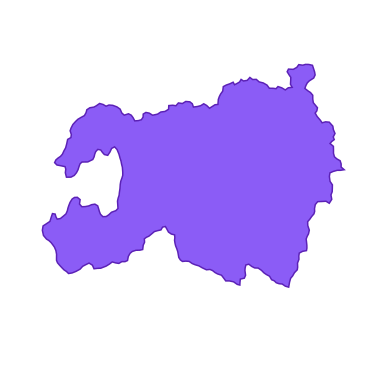 the district of Nepomuceno, Minas Gerais, Brazil, rotated 261°
{"feature_id": "56859067B35796848931723", "entity_name": "Nepomuceno", "entity_type": "district", "adm_level": 2, "iso_a3": "BRA", "parent_name": "Brazil", "parent_adm1": "Minas Gerais", "projection": "mercator", "projection_center": [-45.258, -21.211], "detail": "fine", "context": "isolated", "style": "filled", "palette": "violet", "viewbox_px": 384, "rotation_deg": 261, "n_neighbors": 0, "source": "geoboundaries", "source_scale": "gbopen_adm2", "svg_char_len": 4529}
<svg xmlns="http://www.w3.org/2000/svg" viewBox="0 0 384 384"><g transform="rotate(261 192 192)"><path d="M130.8,60.9L131.7,64.9L133.3,69.4L135.7,72.4L136.8,75.6L137.9,79.2L135.3,82.2L131.5,83.2L131.4,86.6L131.0,90.0L131.6,92.6L132.2,95.5L133.7,99.1L135.4,102.3L133.9,105.5L132.9,108.6L134.2,111.8L133.7,115.0L134.4,117.6L138.3,119.0L141.2,121.3L142.6,123.7L143.2,127.5L142.7,131.5L142.9,134.3L147.1,135.5L149.8,137.3L153.2,137.6L154.4,139.9L155.1,142.5L157.0,145.7L158.8,148.7L159.2,152.0L159.4,155.4L161.9,157.4L162.1,160.3L159.8,161.2L156.1,162.5L153.7,165.0L152.4,168.1L149.6,167.9L147.0,167.2L144.0,167.2L141.4,167.4L138.3,168.1L135.3,168.6L129.4,168.7L126.7,169.9L124.9,171.7L124.7,175.0L123.9,178.3L121.3,181.0L119.6,183.8L118.0,187.2L115.5,190.3L112.9,194.1L112.7,197.6L111.2,200.0L108.8,202.2L107.1,204.4L105.2,208.1L101.5,210.1L98.9,211.4L98.4,214.8L96.8,219.0L93.7,222.2L92.6,224.7L95.4,225.3L98.4,226.1L98.7,230.2L101.4,231.9L106.2,232.0L108.7,232.6L111.5,233.8L111.8,236.8L109.1,239.4L107.2,242.0L106.5,245.5L103.7,248.4L100.9,250.4L98.9,252.5L96.7,255.4L92.9,256.9L91.4,259.4L89.2,261.0L87.8,263.6L87.0,266.7L84.4,269.4L82.9,272.6L87.8,274.3L91.3,275.9L93.4,278.3L96.2,280.5L98.7,283.8L101.2,284.6L105.3,285.1L108.8,287.1L112.1,287.5L114.9,288.4L116.1,292.0L116.2,295.9L118.6,296.7L121.3,297.1L124.8,297.3L127.7,297.4L130.3,298.9L132.4,300.5L136.0,301.9L140.8,301.1L144.6,301.6L146.5,303.9L149.0,306.3L151.3,309.0L153.6,310.1L156.4,310.4L160.3,311.8L162.8,314.6L162.3,318.9L161.9,322.9L159.4,325.8L162.9,328.9L167.4,328.8L170.3,330.5L173.2,331.1L177.1,331.8L180.9,330.0L185.8,330.1L189.3,331.2L190.2,334.6L190.7,338.8L190.2,342.1L190.2,345.8L193.3,343.2L196.4,343.7L199.7,343.2L202.1,340.2L204.5,338.2L208.1,337.8L211.8,338.4L215.0,338.8L218.3,335.9L220.0,337.9L221.5,340.7L224.3,340.1L227.4,342.4L231.5,341.4L235.0,341.4L239.5,338.5L240.4,334.9L240.0,331.3L242.8,330.0L247.0,327.4L250.7,326.0L252.6,328.0L255.6,329.1L258.5,327.4L261.2,325.8L264.7,325.8L268.7,326.4L271.7,324.6L273.6,322.5L276.6,319.7L279.1,321.0L281.7,322.9L283.4,325.2L285.5,330.0L288.3,331.9L291.3,331.9L294.6,331.4L298.3,330.8L299.7,327.3L300.3,324.0L299.9,321.3L301.1,317.4L298.7,315.0L297.3,311.2L298.3,306.5L295.9,304.8L292.3,306.3L289.8,307.5L286.6,306.9L283.0,306.1L279.7,307.3L279.9,303.4L278.2,300.1L280.9,296.9L282.7,293.4L280.9,291.2L281.7,288.5L282.4,284.6L285.9,282.8L288.6,279.4L290.2,275.6L293.2,273.1L293.6,269.5L296.1,267.1L293.6,264.0L293.6,260.2L295.5,258.1L293.2,256.2L292.1,253.3L291.3,250.8L294.0,249.8L293.0,246.5L292.3,242.6L291.2,239.4L286.8,238.1L284.3,235.6L282.1,234.0L279.4,232.5L274.4,231.3L274.6,228.4L273.3,225.4L272.0,222.4L275.2,220.0L277.3,217.4L275.9,214.1L275.6,210.7L275.7,206.7L279.1,206.1L281.4,204.0L282.4,200.0L280.9,196.4L282.1,192.5L279.7,189.6L280.7,186.6L281.0,182.6L277.4,181.8L275.8,178.0L275.9,173.7L274.3,170.2L274.0,165.1L276.6,162.1L277.8,158.9L276.6,156.0L273.6,155.4L271.3,153.3L270.9,150.2L271.2,146.6L274.7,145.4L277.4,144.0L279.2,141.5L278.5,137.1L281.1,135.0L285.1,134.0L287.8,131.2L290.0,127.3L290.9,123.6L290.2,120.5L292.3,118.0L293.9,114.6L292.1,110.9L291.2,108.4L291.2,104.3L289.7,101.0L287.0,99.8L284.3,97.7L283.0,94.0L281.7,90.7L279.9,88.1L277.3,84.9L274.0,82.5L271.5,81.2L267.6,81.8L264.7,80.9L263.4,77.4L259.2,75.8L255.4,74.1L252.6,71.9L249.6,69.9L247.7,67.6L246.6,65.2L245.0,62.6L242.5,60.9L239.8,62.8L238.4,66.7L236.9,70.6L234.3,70.9L230.8,69.9L226.3,70.3L225.6,74.8L226.8,78.3L229.1,80.9L231.8,82.9L235.0,84.5L237.3,85.8L238.8,88.0L238.4,90.9L238.0,93.8L238.8,96.4L239.6,99.1L242.0,100.8L244.7,101.9L246.9,103.2L248.8,105.6L247.8,108.4L245.0,109.8L242.7,111.3L241.4,114.5L244.3,117.2L247.6,119.4L248.7,122.6L245.7,124.6L243.2,125.2L240.7,125.8L236.9,126.2L233.8,126.7L230.5,126.8L227.3,127.1L222.5,126.7L219.3,126.2L216.8,125.0L213.7,123.3L210.7,122.3L206.7,121.4L202.9,120.2L200.2,119.5L197.5,118.1L194.7,117.0L190.3,116.6L187.3,116.3L185.5,113.9L184.6,109.3L182.5,106.2L181.2,103.4L181.6,100.1L184.4,98.1L187.1,97.5L189.7,97.2L193.1,96.7L195.2,94.2L195.2,90.9L194.4,87.8L194.3,84.2L194.7,80.9L197.7,79.0L202.0,80.3L204.7,77.9L205.0,75.1L203.8,72.5L200.8,69.9L197.9,68.2L195.6,67.0L192.9,65.9L190.1,64.1L188.3,61.2L186.4,57.9L186.3,54.6L188.9,53.7L191.6,53.4L192.5,50.8L188.9,48.9L185.2,47.1L183.3,43.0L181.8,39.6L177.6,38.2L172.3,38.5L168.3,40.9L166.4,43.1L164.1,44.9L161.7,46.2L159.1,47.5L155.5,48.4L151.7,48.5L148.2,47.9L145.7,47.5L143.1,48.1L140.8,49.5L137.8,51.5L135.1,53.4L133.1,55.6L130.8,57.3L130.8,60.9Z" fill="#8b5cf6" stroke="#5b21b6" stroke-width="1.5"/></g></svg>